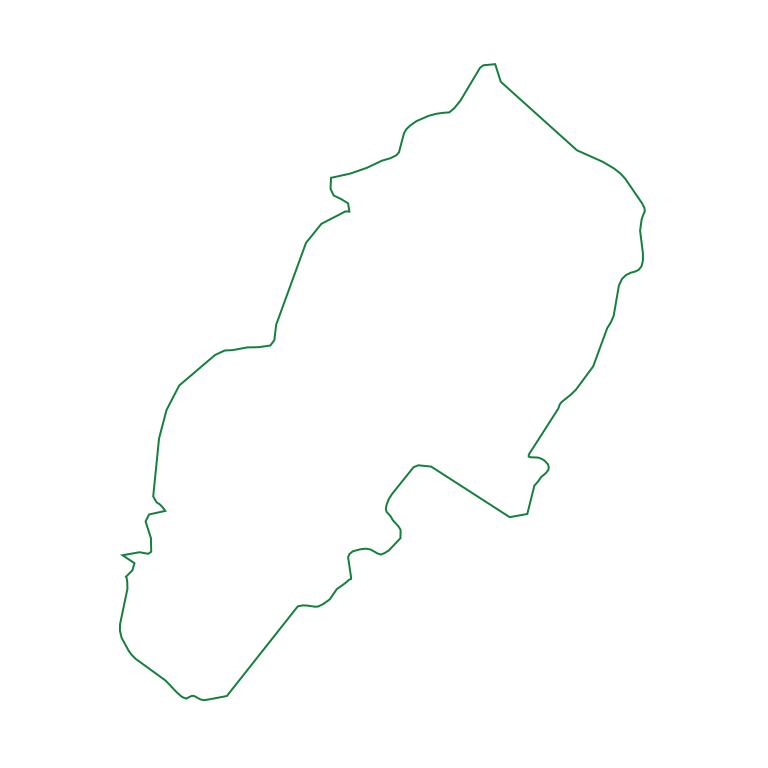 outline of Viroviticko-Podravska, rotated 273°
{"feature_id": "HRV-1606", "entity_name": "Viroviticko-Podravska", "entity_type": "County", "adm_level": 1, "iso_a3": "HRV", "parent_name": "Croatia", "parent_adm1": "", "projection": "orthographic", "projection_center": [17.571, 45.727], "detail": "fine", "context": "isolated", "style": "outline", "palette": "green", "viewbox_px": 768, "rotation_deg": 273, "n_neighbors": 0, "source": "natural_earth", "source_scale": "10m", "svg_char_len": 2051}
<svg xmlns="http://www.w3.org/2000/svg" viewBox="0 0 768 768"><g transform="rotate(273 384 384)"><path d="M178.0,136.4L184.8,142.5L192.0,144.2L199.3,131.9L203.2,148.7L202.1,157.4L204.3,160.3L217.9,159.3L234.2,153.1L241.4,156.2L245.8,172.2L249.4,169.3L252.1,166.3L254.0,163.0L259.7,159.4L317.8,162.2L346.7,168.2L371.8,179.6L404.1,213.7L409.1,223.1L409.9,231.0L413.4,245.6L414.2,256.8L415.2,262.0L416.5,268.5L422.1,272.2L437.5,273.2L520.8,298.7L540.7,313.1L554.3,336.4L554.4,340.4L562.5,338.7L566.4,331.6L569.6,323.9L576.0,320.4L587.2,320.3L587.3,321.0L592.4,339.4L599.0,355.6L606.8,370.0L609.9,378.8L613.1,384.4L616.1,386.8L635.2,390.8L639.3,392.7L643.6,396.7L648.3,402.8L654.1,414.4L656.5,421.8L657.7,427.7L658.7,435.0L663.3,439.9L671.0,445.5L704.7,463.3L706.5,465.3L707.5,466.7L709.2,478.3L691.9,484.8L627.5,564.4L617.3,590.9L611.3,602.4L606.4,609.3L601.7,614.1L577.9,632.3L573.5,634.8L569.9,635.4L567.4,634.3L562.0,632.7L550.7,631.7L527.6,635.8L520.8,636.1L515.0,635.0L511.3,632.3L509.4,628.8L508.0,624.5L505.4,619.9L501.3,616.1L494.5,613.4L464.2,609.8L457.4,607.3L451.5,604.0L412.6,592.0L388.4,576.0L383.3,571.3L375.4,562.4L372.8,560.6L368.5,559.3L321.1,532.3L319.1,532.3L318.5,534.5L318.6,541.6L317.7,544.9L316.0,548.2L312.4,551.9L309.6,552.9L306.7,552.6L303.9,550.6L301.7,548.5L299.6,546.0L294.8,543.0L290.4,539.5L261.7,533.9L257.6,516.5L304.0,435.4L304.6,422.5L302.5,417.9L274.6,397.8L269.3,394.8L263.1,392.8L259.1,392.4L256.6,393.2L252.1,397.6L248.5,399.9L242.6,405.9L239.2,408.2L230.9,408.5L218.0,397.5L215.3,393.6L213.5,389.9L214.4,386.5L218.0,379.3L218.6,374.7L217.8,369.3L215.3,361.6L212.4,358.4L209.2,357.2L188.9,361.3L187.6,361.3L186.8,359.5L183.1,355.7L176.6,347.5L166.2,341.2L161.2,335.0L158.3,329.9L158.0,326.6L158.7,319.0L158.7,314.7L157.4,309.5L64.2,243.4L59.8,225.5L58.8,220.5L59.4,217.2L62.6,210.5L62.4,208.2L59.5,202.9L60.9,198.7L65.3,193.1L76.4,181.4L96.5,150.4L100.3,146.2L103.9,143.2L116.9,135.2L123.9,133.2L130.4,133.0L166.0,138.5L172.7,138.0L177.3,137.0L178.0,136.4Z" fill="none" stroke="#15803d" stroke-width="2"/></g></svg>